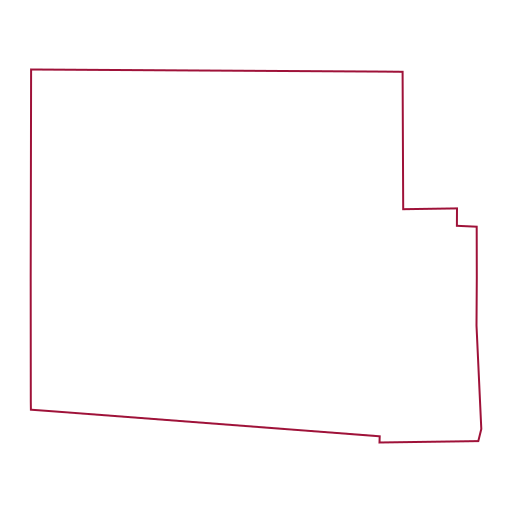 the district of Hardin, Ohio, United States of America
{"feature_id": "52423323B45782198481298", "entity_name": "Hardin", "entity_type": "district", "adm_level": 2, "iso_a3": "USA", "parent_name": "United States of America", "parent_adm1": "Ohio", "projection": "robinson", "projection_center": [-83.573, 40.662], "detail": "fine", "context": "isolated", "style": "outline", "palette": "rose", "viewbox_px": 512, "rotation_deg": 0, "n_neighbors": 0, "source": "geoboundaries", "source_scale": "gbopen_adm2", "svg_char_len": 335}
<svg xmlns="http://www.w3.org/2000/svg" viewBox="0 0 512 512"><path d="M478.3,441.1L481.3,429.0L476.5,325.5L476.8,277.8L476.7,226.7L456.9,225.8L457.0,208.4L403.2,209.2L402.6,71.8L383.7,71.6L31.1,69.5L30.7,276.4L30.8,401.6L30.9,409.7L54.1,411.4L379.7,436.3L379.5,442.5L478.3,441.1Z" fill="none" stroke="#9f1239" stroke-width="2"/></svg>